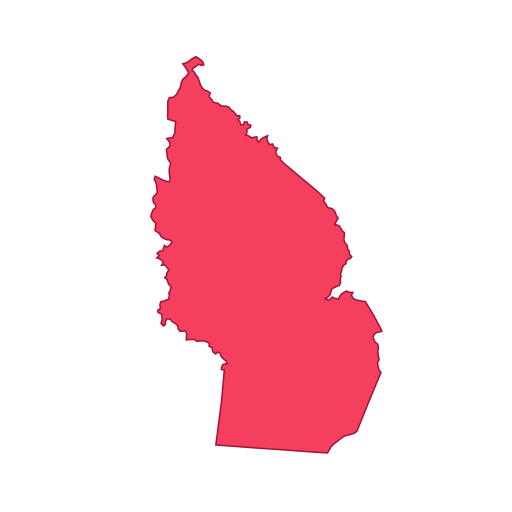 Irati, Paraná, Brazil (Albers equal-area conic projection), rotated 78°
{"feature_id": "56859067B75703709813963", "entity_name": "Irati", "entity_type": "district", "adm_level": 2, "iso_a3": "BRA", "parent_name": "Brazil", "parent_adm1": "Paraná", "projection": "albers", "projection_center": [-50.894, -25.488], "detail": "fine", "context": "isolated", "style": "filled", "palette": "rose", "viewbox_px": 512, "rotation_deg": 78, "n_neighbors": 0, "source": "geoboundaries", "source_scale": "gbopen_adm2", "svg_char_len": 3719}
<svg xmlns="http://www.w3.org/2000/svg" viewBox="0 0 512 512"><g transform="rotate(78 256 256)"><path d="M448.5,193.8L424.3,177.5L395.8,157.9L393.1,159.4L390.4,159.5L387.8,159.5L385.1,159.1L383.1,157.1L379.1,157.1L374.3,156.7L371.3,155.2L367.6,155.3L364.9,157.4L361.4,158.2L358.8,158.1L356.8,156.1L355.9,153.4L355.9,151.0L355.8,148.5L353.3,148.9L338.7,153.2L323.2,158.5L322.2,161.7L320.9,164.6L319.4,167.8L317.0,170.1L314.1,170.8L311.8,168.8L311.0,172.1L309.0,174.7L310.9,180.3L312.9,182.5L315.3,184.5L313.6,188.0L312.0,189.9L314.4,194.1L312.3,197.3L311.4,194.6L309.4,191.7L303.9,188.7L302.7,184.2L302.1,180.5L299.7,178.8L295.7,178.3L293.6,176.9L290.9,177.0L288.4,175.3L285.7,174.4L283.3,172.2L282.3,169.6L280.1,169.1L278.2,166.8L278.1,164.2L276.5,162.5L273.5,164.3L270.9,163.7L268.0,165.0L265.5,164.5L263.1,165.3L261.2,166.4L258.1,166.6L254.8,165.5L251.8,164.7L249.3,166.4L246.2,167.5L243.9,168.2L242.5,170.3L241.8,172.5L239.1,170.6L236.1,167.7L233.7,168.9L230.9,169.3L227.9,169.9L225.1,172.2L224.0,175.2L221.7,176.4L219.2,177.0L216.5,178.5L213.7,176.8L204.7,183.2L183.7,199.6L171.3,209.3L166.7,212.3L164.6,211.6L162.9,213.9L160.7,215.1L157.8,214.9L155.1,212.5L153.5,215.7L149.8,216.5L149.9,219.2L147.4,220.6L143.4,221.0L140.7,219.6L141.9,224.8L143.3,227.6L145.0,229.5L143.3,230.9L139.6,230.4L139.4,232.9L139.6,235.5L136.9,238.3L135.7,240.6L133.3,239.2L130.1,238.5L129.0,234.8L126.9,233.8L125.7,236.6L123.3,236.6L122.3,239.3L125.0,241.2L124.7,243.6L121.3,243.8L118.9,245.4L117.9,243.1L115.5,242.8L114.8,245.4L112.3,246.8L109.6,248.2L107.9,250.1L105.0,251.3L103.3,253.9L102.0,258.7L98.5,261.7L96.9,265.8L93.4,266.9L90.3,268.9L87.0,266.7L84.8,268.9L82.7,272.3L80.3,273.7L76.8,274.8L73.2,275.1L69.4,275.7L66.3,277.1L62.6,278.4L61.3,280.1L59.3,278.7L58.3,275.9L56.7,271.9L58.0,270.1L58.3,267.4L55.9,267.4L53.0,268.9L48.5,273.4L49.9,277.8L51.5,281.0L52.4,283.8L52.8,287.6L56.1,286.1L60.1,284.6L63.1,283.8L65.9,287.1L68.0,290.9L70.9,293.1L75.0,294.8L78.0,297.3L81.4,300.2L83.6,303.8L83.0,307.8L86.6,310.2L97.6,312.5L100.4,313.3L103.9,313.7L107.8,306.6L113.8,308.6L118.7,309.8L123.0,313.1L122.5,316.3L122.6,318.9L126.9,316.7L130.4,317.3L133.3,321.6L137.6,321.7L140.8,322.3L143.2,322.0L147.4,320.1L149.3,321.2L151.8,322.4L155.3,323.4L159.6,323.8L163.2,324.0L165.5,325.9L163.8,328.9L162.4,331.3L159.1,335.3L157.0,338.0L159.9,339.6L163.4,338.6L167.5,338.7L173.5,339.4L175.5,342.1L176.9,344.3L179.9,345.2L182.7,345.1L185.2,343.5L187.9,344.1L189.0,346.6L192.0,348.9L195.4,350.7L199.2,349.7L203.2,347.3L206.6,348.2L210.0,349.5L213.8,345.9L217.5,344.7L219.4,342.9L221.4,340.0L222.4,336.9L224.8,335.4L226.7,337.0L228.0,339.1L228.7,341.4L226.5,343.3L228.8,344.7L231.4,346.2L231.1,348.9L232.8,352.2L235.6,350.7L237.2,353.5L238.5,351.2L240.8,348.9L243.2,348.1L245.4,350.3L245.8,346.8L248.9,345.4L251.6,344.2L254.1,346.8L256.7,347.6L258.2,349.8L260.5,348.0L265.5,347.4L268.2,345.4L271.9,347.1L274.0,348.9L276.6,349.0L280.0,350.4L280.7,354.5L281.1,358.8L283.8,360.2L287.2,360.3L288.8,363.5L291.0,363.5L293.3,360.3L298.4,361.0L302.3,362.9L305.1,361.2L304.4,359.1L300.9,358.1L299.1,356.2L299.9,353.0L302.6,351.8L305.8,348.4L308.1,347.1L311.0,347.3L313.9,346.0L314.6,340.7L317.7,340.0L323.7,341.7L323.6,339.2L324.5,336.1L324.8,333.4L327.0,331.9L327.5,328.6L328.3,324.3L331.4,319.8L334.4,320.7L336.8,318.0L340.6,318.2L343.4,316.1L342.1,312.7L344.0,311.3L347.6,310.8L350.7,308.6L352.4,307.2L355.2,306.6L355.1,310.7L357.0,312.5L359.8,313.5L360.9,310.7L390.2,319.7L425.4,332.1L432.5,334.6L438.4,314.3L443.1,298.3L452.3,266.0L460.4,238.3L463.5,227.0L460.7,224.5L458.2,222.3L456.0,218.8L454.5,215.8L452.7,212.1L451.1,208.5L450.4,206.1L450.3,203.3L450.1,199.2L449.7,196.5L448.5,193.8Z" fill="#f43f5e" stroke="#9f1239" stroke-width="1.5"/></g></svg>